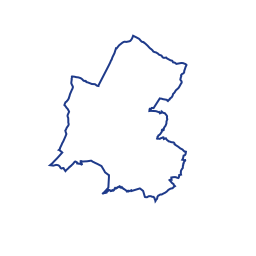 Partestii De Jos, Suceava, Romania (Robinson projection), rotated 143°
{"feature_id": "2599482B28606213719079", "entity_name": "Partestii De Jos", "entity_type": "district", "adm_level": 2, "iso_a3": "ROU", "parent_name": "Romania", "parent_adm1": "Suceava", "projection": "robinson", "projection_center": [25.954, 47.619], "detail": "fine", "context": "isolated", "style": "outline", "palette": "blue", "viewbox_px": 256, "rotation_deg": 143, "n_neighbors": 0, "source": "geoboundaries", "source_scale": "gbopen_adm2", "svg_char_len": 5707}
<svg xmlns="http://www.w3.org/2000/svg" viewBox="0 0 256 256"><g transform="rotate(143 128 128)"><path d="M89.6,198.9L93.8,195.9L97.6,194.0L98.9,193.2L99.9,192.4L100.6,192.3L101.5,191.8L102.8,191.0L106.4,189.2L125.7,179.9L126.3,179.3L126.9,179.9L127.4,180.6L127.9,182.6L128.4,183.2L130.4,184.9L132.4,188.2L133.1,189.2L133.4,189.4L133.6,189.8L133.6,190.1L133.6,190.6L133.5,190.8L133.9,191.1L133.9,191.5L134.7,192.0L134.9,192.3L135.1,192.9L135.2,194.4L135.5,195.4L135.8,196.3L137.2,198.3L138.8,199.8L139.8,201.1L141.7,202.9L141.8,202.9L142.2,202.2L143.6,201.1L143.7,200.6L143.9,200.4L144.8,199.6L146.3,198.0L146.7,196.6L147.1,194.4L147.4,193.8L148.7,192.8L150.0,192.2L154.0,189.9L155.9,188.4L156.8,187.9L157.4,187.3L159.4,186.5L160.2,186.4L161.1,186.1L162.3,186.2L163.5,185.6L165.0,184.6L164.8,183.2L164.9,181.1L164.7,179.5L165.1,177.1L165.3,176.4L168.2,174.8L169.0,174.1L169.4,173.2L169.7,172.0L171.1,170.0L172.4,168.3L173.0,166.8L173.7,166.2L174.4,165.8L175.7,165.5L176.0,165.3L177.2,164.9L178.4,164.1L179.6,163.7L180.3,162.0L180.8,160.3L182.7,159.1L187.9,156.2L189.8,155.4L190.9,154.7L194.2,153.0L194.9,152.3L196.4,152.1L196.1,151.7L195.8,150.3L195.3,148.8L195.8,148.2L195.6,147.9L202.7,146.5L207.4,145.8L209.4,145.4L212.6,145.2L210.3,142.9L207.6,141.8L206.4,140.6L206.0,139.9L205.8,139.4L205.7,138.9L205.7,137.7L205.9,137.0L205.7,136.0L205.5,135.7L203.9,135.1L203.6,134.8L203.8,133.8L203.9,131.2L202.1,131.6L201.3,131.6L199.4,131.8L198.4,132.1L197.9,131.9L197.3,132.1L196.6,132.2L196.1,132.0L195.2,132.3L193.7,132.4L191.0,133.1L190.3,133.0L190.0,132.6L190.0,132.3L189.6,131.7L189.4,131.1L189.5,130.7L189.9,130.3L189.8,130.2L189.5,129.8L189.0,129.5L188.9,129.2L188.6,128.8L187.9,128.6L187.6,128.0L187.1,126.8L186.6,126.8L186.4,127.5L186.2,129.3L185.8,130.0L185.5,129.9L185.4,129.9L184.4,128.5L182.7,127.4L180.8,126.1L177.1,124.1L176.7,123.2L176.6,122.6L176.3,122.0L175.6,120.7L175.4,120.2L174.0,117.6L172.1,113.6L172.7,108.2L173.0,106.4L171.8,102.3L171.6,101.8L173.0,100.0L179.5,92.3L180.4,92.0L185.7,91.0L187.4,90.9L187.4,90.7L186.0,90.3L184.9,89.6L183.9,89.3L183.2,89.8L182.0,89.7L180.8,90.0L180.5,90.0L180.1,89.6L179.8,89.0L179.8,88.4L179.9,88.1L179.2,87.7L178.4,87.9L177.7,87.7L177.7,86.9L177.3,86.8L176.7,87.0L176.3,86.9L174.9,87.8L174.4,87.9L174.3,87.4L174.1,87.4L174.0,86.9L172.4,87.0L172.4,86.7L170.1,86.6L170.2,86.0L170.2,85.9L169.6,85.9L169.5,84.4L168.5,84.5L168.3,82.3L168.1,82.3L167.1,79.2L167.1,78.9L167.0,78.7L167.1,78.2L166.5,78.1L166.6,77.7L165.5,77.5L165.6,77.0L162.9,76.3L163.2,75.6L154.9,72.6L154.4,71.0L153.8,68.6L156.0,62.8L155.4,62.0L154.5,61.3L154.2,61.2L152.7,61.1L152.2,60.8L151.4,60.3L150.6,59.5L150.1,58.5L149.0,57.6L149.1,56.9L149.0,56.1L149.6,54.7L149.6,54.1L150.1,53.1L149.8,53.2L149.0,53.8L148.1,53.8L147.6,53.9L146.7,54.5L146.1,55.2L145.7,55.4L144.8,55.7L144.3,55.8L143.5,55.5L142.4,55.5L141.8,55.2L141.4,54.8L141.1,54.6L139.9,54.5L139.1,54.3L138.2,54.2L137.5,54.0L135.3,53.9L132.9,54.3L132.4,54.2L130.6,54.0L128.7,53.1L126.8,53.4L125.5,53.3L125.7,55.1L125.4,55.9L125.9,57.4L126.0,58.1L126.0,59.4L126.2,61.4L125.5,61.3L125.2,61.2L124.8,61.0L124.3,60.5L123.2,62.4L121.8,61.7L120.1,60.6L119.3,59.8L119.1,59.3L118.8,58.9L118.4,58.4L118.0,57.8L117.4,57.8L116.1,58.8L115.5,59.6L113.7,58.8L113.3,59.8L112.7,60.4L112.4,61.0L111.2,62.1L109.5,62.8L108.3,63.1L107.7,63.8L106.9,64.8L106.5,64.9L105.9,65.6L105.2,66.0L105.3,66.2L103.9,67.1L101.9,67.6L101.7,68.0L102.5,68.5L102.8,68.8L103.5,69.8L103.7,70.0L102.5,70.5L100.2,72.5L99.0,72.1L98.2,72.3L97.4,72.8L96.0,74.2L96.4,74.7L97.0,75.1L97.3,76.6L97.4,77.9L97.8,78.9L98.5,80.2L99.1,82.7L100.4,86.2L100.6,87.1L100.2,87.4L100.1,88.2L100.2,88.8L100.3,89.1L100.6,89.3L102.0,90.7L102.2,91.0L103.0,92.3L103.6,92.9L103.6,93.5L104.0,94.6L104.1,96.5L104.0,97.0L106.0,97.6L105.3,99.1L105.4,99.3L106.0,99.6L107.0,99.7L107.9,100.1L108.7,100.1L109.2,100.3L109.5,100.5L110.4,101.5L111.1,101.8L111.2,102.0L109.9,102.9L109.7,103.2L109.2,103.2L108.1,103.8L107.4,103.6L105.8,103.8L103.2,104.7L102.3,105.9L101.9,106.1L101.5,106.1L101.4,105.3L101.3,105.0L100.8,104.9L100.1,105.6L99.7,105.9L98.9,106.6L96.7,107.2L94.6,108.5L93.5,109.9L92.3,110.8L91.7,111.1L91.3,111.4L90.9,112.6L89.8,113.8L89.6,114.4L89.6,115.6L89.7,116.9L89.6,117.4L90.0,118.1L90.6,118.7L90.9,119.3L91.1,120.5L91.4,120.2L91.4,119.8L93.6,120.5L93.1,121.6L93.6,121.6L94.5,123.1L95.6,124.7L99.6,128.1L100.7,128.7L99.6,129.9L99.1,130.2L98.4,129.3L97.1,129.8L96.3,129.2L95.6,128.5L84.8,132.5L84.1,131.6L83.5,131.2L82.9,130.2L80.2,127.3L80.0,127.0L79.9,126.5L80.1,126.2L80.0,125.9L79.9,125.5L78.7,125.8L77.8,125.7L77.4,125.8L77.0,126.3L76.2,126.2L75.4,126.3L74.8,126.2L73.0,126.9L71.8,127.8L71.4,128.1L70.0,128.2L69.0,128.5L67.4,129.2L66.8,129.3L64.0,129.5L63.5,129.6L62.1,130.1L59.3,131.4L58.3,131.7L57.7,132.1L57.5,132.5L57.2,132.9L57.1,133.4L57.2,134.5L57.0,135.2L56.9,135.4L56.0,136.0L55.9,136.2L55.6,136.4L55.3,136.7L54.9,136.9L54.3,137.3L54.0,137.7L53.9,138.2L53.4,138.4L52.4,138.6L50.8,138.3L50.1,138.5L49.5,138.8L49.1,139.4L48.8,139.6L48.2,140.2L47.8,140.3L45.3,142.1L43.4,143.1L43.5,143.6L43.5,144.3L45.0,146.7L45.9,147.5L46.6,148.0L50.8,150.1L51.0,151.1L51.4,152.2L52.5,153.3L52.2,155.0L52.4,155.4L53.3,156.4L55.0,160.1L55.1,161.3L56.0,161.7L57.3,162.6L57.7,163.4L57.8,164.0L57.7,165.1L57.7,165.7L58.0,166.2L59.0,167.7L59.2,168.4L59.3,169.4L60.2,171.6L60.7,172.1L61.4,173.1L61.8,174.0L61.7,174.7L61.7,175.4L62.0,177.0L62.4,178.2L62.6,179.5L62.8,181.9L63.2,184.1L63.4,185.4L63.8,186.0L63.8,187.1L64.1,187.6L64.7,188.0L65.1,188.8L65.3,190.1L65.4,191.9L65.5,192.6L66.8,195.4L68.4,198.6L70.1,197.5L71.5,196.8L72.8,196.4L73.8,196.2L74.7,196.4L76.4,197.2L77.6,197.8L78.7,198.9L79.7,199.3L81.1,199.5L85.4,199.4L89.2,198.4L89.6,198.9Z" fill="none" stroke="#1e3a8a" stroke-width="2"/></g></svg>